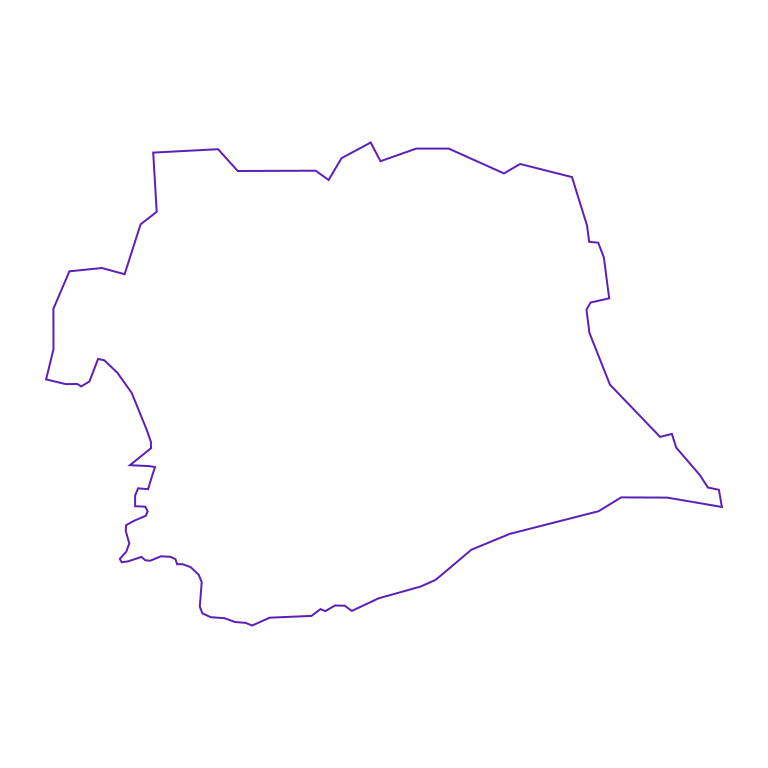 the district of Kotayk, Kotayk, Armenia
{"feature_id": "60910142B27902732275271", "entity_name": "Kotayk", "entity_type": "district", "adm_level": 2, "iso_a3": "ARM", "parent_name": "Armenia", "parent_adm1": "Kotayk", "projection": "natural_earth1", "projection_center": [44.724, 40.239], "detail": "fine", "context": "isolated", "style": "outline", "palette": "violet", "viewbox_px": 768, "rotation_deg": 0, "n_neighbors": 0, "source": "geoboundaries", "source_scale": "gbopen_adm2", "svg_char_len": 1437}
<svg xmlns="http://www.w3.org/2000/svg" viewBox="0 0 768 768"><path d="M153.2,152.6L156.7,211.8L140.6,224.3L124.6,274.2L101.8,268.0L69.4,271.3L53.4,308.8L53.5,349.2L46.1,379.4L65.7,384.1L77.3,384.0L81.2,386.4L89.4,381.5L98.1,358.9L99.3,359.2L104.3,360.3L117.4,372.8L131.6,392.7L146.9,430.3L150.9,441.9L151.0,448.2L129.9,465.2L149.0,466.1L155.0,467.0L151.1,479.1L148.1,489.2L138.1,488.3L135.1,495.6L135.1,506.2L145.2,506.7L147.7,511.5L145.7,515.8L134.2,520.7L126.2,525.1L125.7,530.9L129.3,543.4L126.3,551.7L119.8,558.9L121.8,562.3L128.3,561.3L141.4,556.9L145.4,560.3L150.4,560.7L160.9,556.3L170.5,556.8L175.5,559.2L177.1,564.2L182.6,564.2L190.6,567.1L198.7,574.8L201.7,582.0L199.8,606.7L202.4,613.4L210.9,617.2L224.5,618.2L235.0,622.0L245.6,622.9L252.2,625.5L269.6,617.7L311.5,615.9L320.5,609.1L325.3,611.1L335.0,605.5L344.7,605.7L351.8,610.9L378.6,598.3L420.7,586.5L435.7,579.8L442.4,574.2L471.4,549.7L499.0,538.3L509.6,533.9L598.6,511.2L621.1,497.4L667.1,497.6L721.9,507.0L718.9,489.8L707.8,487.5L707.8,487.4L699.8,475.0L676.2,447.6L671.9,433.9L660.1,436.9L609.9,384.6L589.4,332.8L588.8,327.7L586.7,311.5L586.6,310.0L586.5,309.6L590.6,302.5L609.2,298.3L608.0,289.4L603.9,257.5L598.2,242.7L589.2,241.8L587.0,225.4L578.4,197.8L572.0,177.1L520.1,164.0L503.9,173.4L448.7,148.6L416.2,148.6L380.5,161.2L370.7,142.5L341.5,158.2L328.6,180.0L315.6,170.7L237.7,171.0L218.1,149.2L153.2,152.6Z" fill="none" stroke="#5b21b6" stroke-width="2"/></svg>